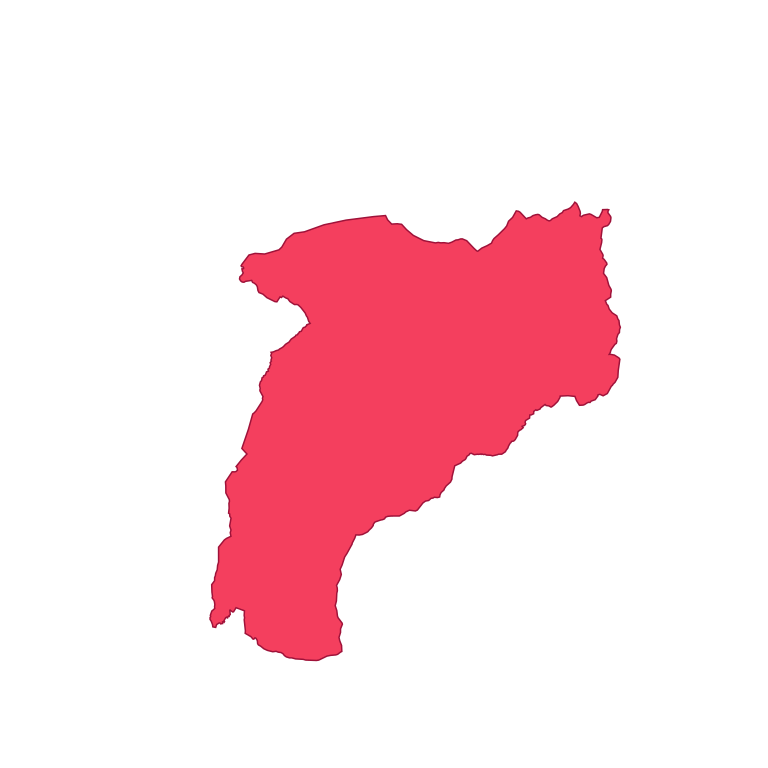 the district of Frasin, Suceava, Romania, rotated 52°
{"feature_id": "2599482B18485783850003", "entity_name": "Frasin", "entity_type": "district", "adm_level": 2, "iso_a3": "ROU", "parent_name": "Romania", "parent_adm1": "Suceava", "projection": "albers", "projection_center": [25.81, 47.509], "detail": "fine", "context": "isolated", "style": "filled", "palette": "rose", "viewbox_px": 768, "rotation_deg": 52, "n_neighbors": 0, "source": "geoboundaries", "source_scale": "gbopen_adm2", "svg_char_len": 6169}
<svg xmlns="http://www.w3.org/2000/svg" viewBox="0 0 768 768"><g transform="rotate(52 384 384)"><path d="M568.8,581.9L563.9,578.4L559.2,577.0L556.0,575.5L553.0,571.2L550.2,569.0L547.7,564.7L546.6,564.2L540.0,564.1L538.3,563.6L533.5,560.7L528.6,558.9L525.7,555.1L519.8,550.0L518.2,548.0L515.9,546.4L513.5,545.4L510.9,539.4L508.8,536.3L507.8,534.9L503.0,532.6L500.8,528.4L496.1,521.5L494.8,517.7L490.5,507.7L489.8,507.0L487.5,502.0L485.6,499.0L487.7,496.6L489.3,493.6L490.3,488.7L490.4,487.5L490.0,485.8L489.7,482.5L488.9,479.7L488.0,478.8L487.3,476.7L487.3,475.7L489.1,470.5L490.1,468.5L490.6,466.6L489.9,464.8L490.6,462.5L492.4,459.7L497.5,453.1L498.4,447.6L498.2,445.7L499.1,441.7L503.4,437.4L503.9,435.3L501.7,426.6L501.8,423.4L503.3,420.5L503.1,417.3L504.1,415.5L504.2,414.1L506.4,411.8L507.3,409.7L505.8,408.1L504.7,405.8L504.4,401.9L503.6,400.8L502.6,397.7L502.2,392.0L500.8,389.1L499.0,387.5L492.0,378.6L493.5,372.3L493.1,369.7L493.5,366.6L493.3,365.6L492.0,363.1L492.2,360.3L491.6,359.2L492.4,357.8L495.3,356.4L496.8,353.7L497.7,352.8L498.7,351.0L499.3,350.8L499.4,350.0L500.9,349.0L501.6,347.7L503.1,347.0L506.0,343.7L507.4,342.8L509.6,338.1L509.8,337.0L511.8,334.4L511.9,333.2L512.1,330.0L511.4,328.5L510.8,326.0L509.6,324.1L508.3,321.1L508.3,320.1L507.8,318.8L508.8,316.9L508.6,314.8L506.7,310.3L504.8,308.7L504.1,307.6L504.0,305.4L504.3,304.3L504.1,301.2L502.4,301.2L503.1,299.1L503.0,297.7L502.5,296.8L501.2,296.5L500.1,295.2L500.0,294.4L500.5,290.3L498.2,288.2L499.0,287.0L499.6,284.4L497.8,282.9L497.8,280.2L498.9,279.8L499.8,276.5L499.2,275.0L499.3,269.7L500.8,269.5L502.7,267.6L504.9,266.7L505.2,266.2L505.3,263.2L504.7,257.9L502.9,253.6L502.0,252.6L506.5,246.2L511.3,241.2L515.6,242.5L521.1,243.1L523.2,240.1L523.7,238.6L523.9,235.8L524.3,234.2L525.4,233.0L525.0,231.3L526.4,227.2L525.1,222.7L524.5,222.5L524.3,221.9L525.1,220.2L528.2,218.6L529.0,213.9L525.7,206.2L525.7,204.8L525.2,203.7L524.9,200.9L522.7,195.6L517.7,191.2L509.7,182.9L508.2,182.8L503.1,184.6L499.9,187.4L499.3,188.3L498.4,186.1L497.3,184.8L496.5,183.2L494.9,177.7L495.0,175.9L493.6,174.1L491.5,172.9L488.9,169.1L488.4,166.8L486.2,164.9L484.8,162.8L482.4,162.1L478.7,159.8L476.8,159.7L473.6,158.6L468.3,160.4L463.6,160.4L459.9,159.1L458.5,159.4L454.6,158.3L455.1,151.9L452.7,150.0L450.5,147.5L449.2,146.8L444.7,146.1L437.3,143.0L432.0,142.9L428.6,139.4L427.4,136.8L427.0,134.7L425.8,134.0L421.3,133.8L419.5,134.3L417.7,132.3L416.6,131.8L410.9,131.0L406.6,125.5L404.4,123.4L403.5,123.1L402.7,123.3L395.4,115.9L395.4,113.9L396.8,110.4L396.6,108.6L395.3,105.4L392.7,102.8L391.5,102.3L386.9,102.1L385.9,101.3L385.1,99.6L384.1,100.4L381.2,104.4L382.4,105.8L385.2,111.7L384.0,114.0L377.9,116.4L376.4,117.4L373.9,122.7L373.7,123.9L373.8,125.2L372.0,126.1L370.5,124.2L368.7,123.2L363.6,121.7L360.4,121.1L358.2,121.7L359.1,124.2L359.9,128.4L359.5,131.2L357.9,135.8L358.7,137.9L358.2,140.8L358.7,144.5L357.4,149.7L357.6,151.9L357.4,153.0L356.8,153.7L355.3,154.5L353.2,155.1L350.0,156.8L346.3,157.5L345.1,158.3L344.0,160.3L343.0,162.9L342.8,166.0L341.8,168.2L341.4,170.2L332.5,171.0L330.8,171.6L329.0,173.2L331.9,180.1L332.4,185.6L335.0,190.0L335.8,193.4L336.8,202.1L337.1,207.7L337.8,210.0L339.2,212.6L338.5,217.5L337.1,223.3L337.1,228.4L336.1,229.0L332.4,229.6L322.0,230.6L317.9,232.9L316.8,234.4L316.0,236.8L314.8,238.7L314.0,243.1L312.9,246.5L309.6,249.7L307.7,252.4L305.8,254.1L304.5,256.6L295.5,264.4L285.0,269.4L276.3,271.2L269.0,271.8L265.9,274.9L262.7,279.5L256.9,280.1L252.2,279.1L245.7,289.1L231.5,313.0L221.6,333.3L215.1,353.0L209.9,362.1L209.8,371.7L213.2,380.2L213.6,384.2L208.1,398.0L201.7,405.2L199.2,411.0L202.1,421.9L202.9,423.9L204.0,423.9L205.2,422.9L206.3,423.2L206.5,423.9L205.8,425.1L208.1,426.2L209.8,426.5L210.6,428.7L210.8,431.5L212.3,433.2L214.4,433.5L216.3,433.0L217.6,431.7L217.9,429.8L220.9,424.5L223.0,425.0L224.8,424.1L227.1,423.6L229.3,423.9L232.8,425.8L235.0,426.2L238.6,424.1L243.9,423.1L252.0,419.2L253.3,417.8L251.4,412.3L252.7,411.6L252.5,409.6L256.2,408.2L257.4,407.3L261.1,407.4L265.3,406.0L266.4,405.5L267.6,403.8L268.7,403.0L272.4,402.4L279.5,402.4L282.5,403.2L284.4,403.3L288.1,404.7L290.8,404.9L289.8,408.4L290.2,408.6L290.6,411.3L290.1,412.2L290.0,413.3L291.5,416.7L290.8,418.5L291.2,419.0L291.4,420.7L291.9,421.8L291.3,423.4L291.8,424.5L291.5,429.5L292.5,433.1L292.1,437.2L292.6,440.1L292.6,441.9L292.1,444.9L292.3,446.1L291.3,448.5L290.6,451.4L289.5,453.5L290.6,453.6L291.8,455.6L294.2,456.3L295.6,458.4L296.6,458.6L297.1,460.6L298.8,461.2L299.7,463.3L300.9,464.5L300.9,466.3L302.7,467.2L302.1,469.1L303.9,472.0L303.4,473.8L304.2,474.6L304.0,476.2L305.9,478.4L306.2,480.1L308.3,482.9L311.4,484.3L312.1,485.3L313.1,486.0L319.4,487.1L320.4,488.6L321.7,489.2L322.6,490.5L326.4,501.4L326.8,504.1L326.8,505.9L336.2,518.7L347.3,535.7L354.8,535.1L356.1,543.3L358.0,551.4L359.3,551.2L361.7,552.5L361.9,554.4L361.2,555.9L359.7,557.7L363.5,569.2L366.9,571.4L372.5,575.7L379.9,577.1L381.3,578.0L382.6,579.7L386.5,582.5L390.1,586.0L391.4,585.6L393.2,586.9L395.6,587.2L400.8,593.0L404.9,594.5L406.5,596.7L409.8,598.4L408.7,603.1L408.6,605.8L410.7,614.8L422.5,624.0L424.5,626.8L427.7,629.8L429.6,633.2L431.4,635.1L432.2,636.6L434.7,638.6L436.0,643.3L442.2,647.8L445.8,649.9L446.7,651.1L449.9,651.2L451.2,651.7L453.8,653.2L455.0,654.5L456.7,655.6L456.9,659.5L459.4,663.3L460.3,663.6L460.7,664.0L460.9,664.8L462.4,666.0L464.6,666.2L468.1,667.3L470.0,668.4L472.2,666.5L470.5,664.0L470.8,660.9L471.5,660.4L472.5,660.4L473.4,658.6L472.0,657.7L472.3,656.9L473.3,656.7L473.0,655.9L472.1,656.0L470.7,652.7L470.8,651.7L471.9,651.5L472.0,651.1L471.3,650.3L471.3,649.6L471.8,649.1L471.2,648.7L471.0,647.1L467.6,645.0L467.4,644.5L470.5,643.6L470.9,642.8L469.2,638.3L476.8,633.6L480.3,636.7L482.4,637.8L483.7,639.3L493.2,645.2L495.0,646.9L501.2,644.4L504.3,644.3L504.9,643.7L504.6,641.9L505.7,641.4L508.2,641.8L510.9,643.5L512.3,643.6L514.6,642.6L518.6,641.7L522.1,639.9L526.5,636.5L528.2,633.6L530.1,632.5L532.3,630.4L534.7,629.6L536.6,629.7L538.9,629.0L541.6,627.1L543.0,625.3L546.2,622.9L551.2,617.2L553.3,615.7L560.3,607.4L561.4,605.4L563.3,596.5L565.0,593.1L567.8,588.8L568.5,586.9L568.5,583.4L568.8,581.9Z" fill="#f43f5e" stroke="#9f1239" stroke-width="1.5"/></g></svg>